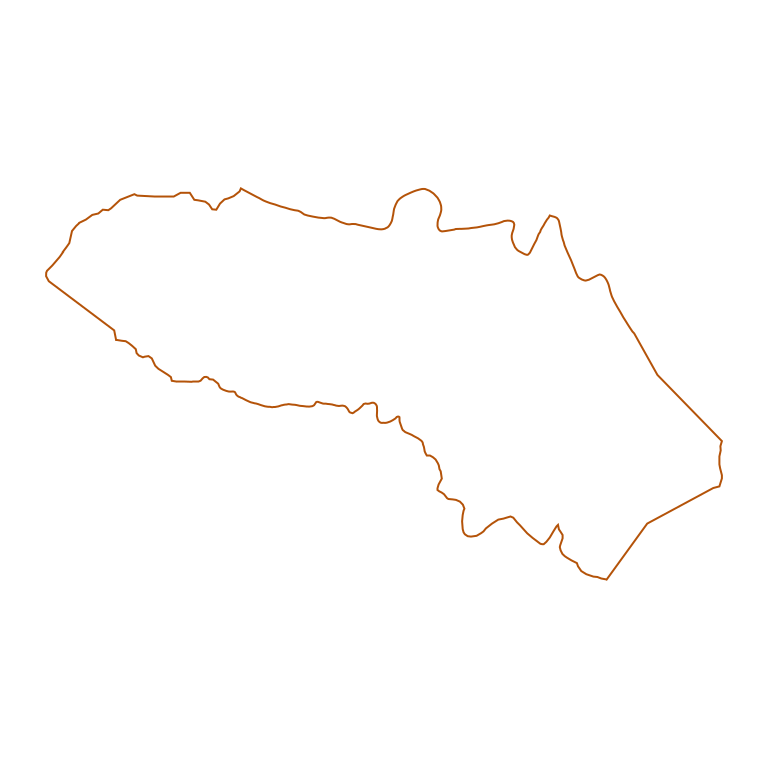 Vige', Vieux Fort, Saint Lucia
{"feature_id": "8701671B43089055128677", "entity_name": "Vige'", "entity_type": "district", "adm_level": 2, "iso_a3": "LCA", "parent_name": "Saint Lucia", "parent_adm1": "Vieux Fort", "projection": "albers", "projection_center": [-60.936, 13.786], "detail": "fine", "context": "isolated", "style": "outline", "palette": "amber", "viewbox_px": 768, "rotation_deg": 0, "n_neighbors": 0, "source": "geoboundaries", "source_scale": "gbopen_adm2", "svg_char_len": 6110}
<svg xmlns="http://www.w3.org/2000/svg" viewBox="0 0 768 768"><path d="M599.4,274.5L598.6,274.9L597.9,275.1L589.0,279.7L585.7,280.6L584.3,280.4L581.8,279.5L579.8,278.3L578.6,277.5L577.7,276.4L576.1,273.1L574.3,268.3L573.4,266.1L571.1,260.3L567.5,252.4L564.6,245.5L563.7,242.0L563.0,240.2L561.9,236.3L561.5,234.5L561.2,232.0L560.6,228.8L559.1,221.8L558.7,220.4L557.9,219.2L557.0,218.1L556.0,217.5L554.6,216.9L551.3,216.0L549.8,215.5L548.6,217.7L547.0,219.6L544.7,223.3L543.6,225.4L541.6,228.5L540.6,230.4L540.2,231.9L538.6,234.2L537.7,236.5L536.4,240.1L534.3,243.9L529.9,252.7L528.2,254.5L527.6,254.8L526.7,254.8L525.0,254.3L523.9,253.8L518.5,250.9L517.1,249.8L514.9,247.1L514.3,245.6L512.9,242.4L512.0,239.6L511.7,237.3L511.7,235.4L512.2,233.0L513.6,228.9L514.3,224.7L513.8,222.9L513.0,221.9L511.8,221.3L510.5,220.9L509.4,220.7L507.6,220.6L503.9,221.1L502.1,221.9L498.5,223.2L494.3,224.3L491.5,224.7L488.4,225.1L486.6,225.4L483.1,226.1L480.0,226.8L476.9,227.4L471.3,228.0L468.3,228.5L461.0,228.9L458.8,228.9L455.8,229.0L454.2,229.6L445.7,231.0L442.3,231.4L441.4,231.3L439.8,230.5L438.7,229.2L437.9,227.5L437.5,226.0L437.6,222.7L437.8,221.3L438.2,219.4L438.7,218.2L439.9,215.4L440.4,213.8L441.0,211.6L441.3,209.9L441.2,206.9L441.0,205.5L440.5,203.9L439.9,202.0L438.9,200.1L437.5,197.7L434.5,194.5L433.4,193.4L429.4,190.7L425.1,189.0L423.5,188.9L422.0,189.0L420.2,189.4L416.2,190.5L413.7,191.4L410.6,192.7L405.8,194.9L404.4,195.6L402.6,196.7L400.3,198.3L399.1,199.4L397.5,201.1L395.7,204.6L394.1,208.8L393.8,210.4L393.2,214.5L392.7,216.8L392.3,219.0L391.8,221.0L390.8,223.1L389.6,225.1L388.6,226.4L387.5,227.4L386.4,227.9L384.9,228.7L383.4,229.1L381.9,229.3L380.3,229.3L378.5,229.2L376.1,228.8L370.4,227.5L357.7,224.7L355.7,224.1L353.6,224.0L351.9,224.0L349.9,224.3L348.5,224.3L346.9,224.1L345.8,223.8L343.5,223.0L341.9,222.5L340.1,221.8L334.3,218.8L331.4,217.7L330.1,217.6L328.7,217.6L327.0,217.8L325.5,218.1L324.1,218.2L321.4,217.9L318.4,217.6L312.9,216.6L307.6,215.5L305.7,214.9L304.3,214.5L300.8,212.0L298.8,211.0L298.0,210.7L294.6,210.2L290.1,209.2L285.3,207.7L280.7,206.5L275.0,204.5L270.1,203.1L266.1,201.6L263.5,200.5L262.0,199.7L259.0,198.0L257.1,197.1L253.5,195.2L243.7,190.0L240.9,188.4L239.6,191.4L233.7,196.1L228.2,198.4L224.5,199.4L220.0,203.6L216.3,209.7L212.2,209.3L209.0,204.5L205.3,201.7L198.0,200.3L194.3,199.8L189.8,192.8L180.6,192.8L173.8,196.5L154.1,196.5L137.2,195.6L134.4,194.2L120.2,199.8L111.1,208.3L108.3,210.2L102.8,209.7L98.3,213.5L92.3,214.9L85.9,219.6L79.1,222.9L79.0,223.3L76.1,226.0L72.0,231.0L69.3,243.1L66.7,246.8L62.8,252.0L63.0,252.2L59.7,256.9L52.3,265.5L47.0,270.8L46.2,272.7L46.1,276.2L48.8,281.2L114.2,330.4L116.1,340.0L117.0,340.0L122.0,340.8L125.7,341.2L128.7,343.1L132.2,345.9L135.8,349.2L136.6,353.1L138.8,355.5L142.9,357.3L144.7,356.7L148.5,356.1L151.8,358.4L155.2,365.7L158.4,368.8L168.3,375.1L170.9,377.1L171.8,380.8L176.8,381.6L177.1,381.5L183.6,381.5L191.5,381.8L193.2,381.5L198.6,381.5L200.6,380.7L202.7,378.3L204.3,377.0L206.4,376.9L207.9,377.5L209.4,379.2L213.1,379.6L218.2,383.7L219.5,386.8L220.1,387.7L221.2,388.7L222.0,389.1L223.1,389.7L226.3,390.9L228.6,391.5L229.9,391.6L231.2,391.6L232.4,391.5L233.8,391.6L234.9,392.1L235.5,393.1L236.1,394.4L236.8,395.3L238.0,396.3L238.9,396.8L240.1,397.2L240.9,397.7L242.1,398.1L246.1,400.2L250.0,402.0L251.1,402.4L253.2,402.9L254.6,403.3L256.0,403.5L258.1,404.1L260.9,405.1L264.9,406.3L267.4,406.7L268.5,406.8L270.0,406.8L271.3,407.1L272.3,407.2L273.6,407.0L275.0,407.0L278.3,406.4L281.6,405.3L282.4,405.2L283.4,404.9L285.0,404.6L286.5,404.5L288.6,404.1L292.2,404.6L295.0,404.8L296.7,405.1L299.8,405.8L303.2,406.1L306.4,406.5L309.3,406.6L312.2,406.2L312.7,406.0L314.1,405.2L316.2,402.1L317.1,401.8L318.1,401.9L321.5,403.1L323.1,403.6L324.4,403.7L326.0,403.7L327.9,404.0L329.3,404.1L332.2,404.5L333.5,404.9L334.9,405.2L336.1,405.6L339.0,406.0L340.3,405.8L342.3,405.6L343.6,405.8L345.0,406.2L346.0,407.0L346.8,407.8L347.5,408.7L348.1,409.6L348.6,410.6L349.3,411.8L350.2,412.5L352.6,413.2L353.2,412.9L354.0,412.4L354.9,411.6L357.6,409.9L359.0,408.8L360.2,407.7L362.6,405.4L363.3,404.4L363.7,404.0L365.6,403.5L367.3,403.8L369.3,403.6L371.7,402.8L373.0,402.7L374.0,402.9L375.4,403.8L375.8,404.3L376.6,405.5L376.8,406.1L377.0,407.1L377.0,409.1L377.1,410.6L376.9,414.8L376.9,416.0L377.2,417.4L377.6,419.1L378.1,420.3L378.6,421.1L379.2,421.7L380.0,422.3L381.0,422.8L382.1,422.9L383.2,422.8L383.7,422.8L384.4,422.9L385.4,422.9L387.1,422.6L390.3,421.5L392.9,420.1L395.5,418.4L395.9,417.9L396.7,417.0L397.8,416.6L398.7,416.6L399.4,417.1L399.5,417.9L399.5,420.3L399.7,421.8L402.1,428.8L402.8,430.1L403.9,430.9L404.7,431.7L405.7,432.3L409.3,433.8L411.8,434.9L413.8,436.1L418.0,438.3L420.9,440.4L421.7,441.1L422.6,442.4L422.9,443.5L422.9,444.1L423.8,446.6L424.1,447.9L424.7,451.4L425.6,453.4L426.8,455.5L429.9,455.5L432.9,457.2L435.6,459.5L437.9,463.3L438.8,465.4L439.5,469.2L440.7,471.3L441.8,478.6L438.6,484.5L437.5,488.3L437.5,490.0L439.2,491.3L441.6,492.5L444.0,494.2L447.1,498.2L448.4,499.0L452.7,499.4L456.0,499.9L459.9,501.6L462.9,504.7L464.4,508.7L463.6,510.6L462.7,515.0L462.1,521.3L462.7,529.1L463.6,532.4L464.9,534.3L467.7,536.2L471.0,536.6L476.6,535.8L481.2,533.1L483.5,531.4L485.9,528.4L492.0,523.6L498.3,519.6L503.5,518.6L506.4,517.7L510.5,516.5L513.3,517.7L517.0,522.3L520.0,525.3L527.2,533.3L532.6,537.9L540.4,543.8L542.2,544.2L543.7,544.2L546.3,541.9L549.8,537.5L553.5,531.2L556.5,526.4L558.0,524.9L558.9,529.3L560.7,532.0L562.6,535.0L562.6,538.3L560.2,545.3L559.8,547.1L560.6,550.3L562.4,553.9L564.8,556.2L567.0,557.7L571.5,560.4L576.9,563.1L578.0,566.3L581.3,571.1L586.3,574.2L593.4,576.6L597.4,577.0L601.3,578.5L606.2,579.4L606.6,579.6L647.2,523.6L713.3,488.0L719.4,486.4L721.9,478.4L721.9,475.2L720.1,468.2L719.4,464.4L719.4,458.6L719.4,456.4L720.7,450.4L720.4,446.2L721.9,441.1L657.4,374.9L634.2,333.4L632.4,331.5L629.8,327.6L627.5,324.0L625.9,321.4L623.3,317.3L620.2,311.8L617.2,306.8L614.1,301.2L612.0,296.8L611.5,295.4L610.1,290.8L609.8,289.3L608.7,285.0L608.1,283.4L607.3,281.6L606.2,279.5L605.0,277.7L603.9,276.5L602.5,275.5L600.8,274.7L599.4,274.5Z" fill="none" stroke="#b45309" stroke-width="2"/></svg>